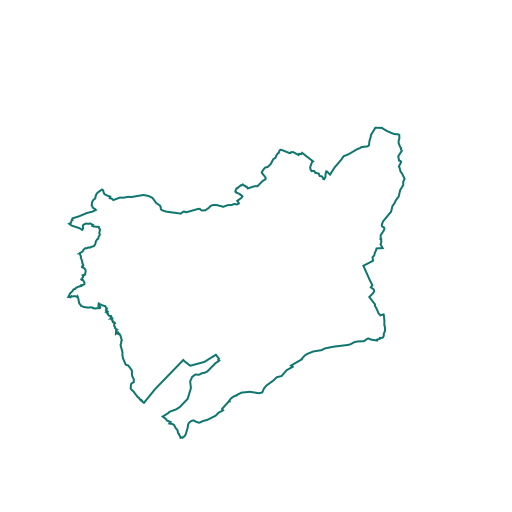 Floresti, Cluj, Romania (Equal Earth projection), rotated 151°
{"feature_id": "2599482B97724540451187", "entity_name": "Floresti", "entity_type": "district", "adm_level": 2, "iso_a3": "ROU", "parent_name": "Romania", "parent_adm1": "Cluj", "projection": "equal_earth", "projection_center": [23.482, 46.732], "detail": "fine", "context": "isolated", "style": "outline", "palette": "teal", "viewbox_px": 512, "rotation_deg": 151, "n_neighbors": 0, "source": "geoboundaries", "source_scale": "gbopen_adm2", "svg_char_len": 6137}
<svg xmlns="http://www.w3.org/2000/svg" viewBox="0 0 512 512"><g transform="rotate(151 256 256)"><path d="M412.1,328.5L411.9,326.6L412.3,325.3L414.5,322.7L415.1,322.5L416.1,323.2L417.0,323.2L416.9,322.2L417.3,321.5L420.2,320.2L420.0,319.5L419.2,319.2L418.9,318.7L419.0,315.7L419.6,314.7L420.5,314.4L423.2,315.3L423.5,315.2L423.5,314.5L426.6,315.3L428.9,315.4L430.0,314.9L431.9,315.2L433.8,314.2L436.8,313.4L440.0,311.2L439.0,310.7L438.4,309.8L438.0,309.9L438.0,310.3L436.9,310.3L436.9,310.0L433.4,308.4L432.4,306.9L431.7,307.3L431.9,305.4L433.5,300.5L433.5,299.5L433.0,297.6L433.1,297.0L431.2,294.8L427.9,292.2L425.9,291.5L424.0,290.2L423.8,289.3L423.3,289.2L422.3,288.0L421.2,287.8L417.8,286.1L417.2,286.4L417.0,287.2L418.1,288.8L417.5,289.3L417.0,290.4L416.5,290.7L416.2,289.2L415.4,289.0L414.4,287.4L412.1,285.2L412.4,282.8L411.9,282.4L413.3,281.7L412.9,280.8L414.2,280.0L412.9,279.2L414.0,278.6L413.3,277.5L413.9,276.9L413.5,274.9L412.0,273.8L412.6,273.1L412.1,272.6L412.4,272.1L412.2,271.7L413.5,271.6L412.1,270.7L413.0,269.9L412.7,268.7L413.3,267.9L413.3,267.5L412.2,266.8L411.9,265.6L412.9,265.3L413.9,263.7L413.8,261.9L414.2,261.4L413.9,259.8L413.2,259.0L414.5,258.6L416.2,255.9L413.8,256.3L413.8,255.5L414.4,255.5L414.5,255.0L414.2,254.4L413.2,254.2L413.2,252.0L414.3,247.2L415.4,246.6L415.9,245.4L417.6,243.9L419.5,236.4L420.9,234.2L422.0,230.7L422.6,224.0L420.8,222.2L420.1,216.9L420.3,215.4L421.8,212.9L422.5,210.9L422.7,207.3L424.0,205.0L426.7,204.9L428.0,203.7L429.9,200.8L429.6,198.9L428.9,197.2L427.9,190.0L427.0,188.5L427.2,186.8L426.2,186.0L426.5,185.1L425.8,184.7L425.9,183.3L425.2,181.9L408.5,188.6L370.0,200.3L369.5,198.4L366.7,191.9L352.6,188.4L339.0,189.1L338.2,184.0L339.3,183.5L338.9,182.3L343.4,181.9L354.7,178.6L357.6,178.8L359.9,179.7L363.1,179.7L366.8,181.8L370.8,181.1L371.9,180.0L373.9,178.7L374.6,177.8L376.9,172.1L385.0,164.2L396.1,160.8L400.3,160.6L407.4,161.7L408.4,161.2L415.5,160.8L413.9,157.3L413.6,155.2L411.2,152.2L413.0,151.5L410.5,149.5L409.6,147.9L409.7,144.4L409.1,141.9L409.9,139.3L409.9,138.3L409.6,137.7L410.0,137.2L409.7,136.2L410.0,134.8L409.8,134.2L410.1,133.5L407.7,133.0L407.8,132.8L406.4,132.9L404.3,133.8L399.3,138.6L397.2,141.4L395.5,142.6L394.5,142.9L392.2,143.0L390.3,142.5L388.9,140.2L386.9,138.0L386.0,137.6L382.4,137.4L378.3,136.3L368.6,135.9L364.8,137.1L359.6,137.0L359.9,138.7L350.3,142.0L349.5,141.6L349.3,142.5L346.9,143.6L343.0,144.0L340.6,143.4L340.4,143.8L334.8,143.5L327.0,140.1L320.3,134.8L318.7,134.1L316.6,133.7L313.5,136.1L309.9,137.6L301.1,138.7L296.6,139.9L291.8,138.6L284.5,141.3L277.7,141.3L278.5,143.2L266.2,143.4L266.2,143.7L261.5,145.4L258.2,145.5L252.1,144.7L244.1,141.8L241.9,141.9L239.6,141.5L231.9,139.0L218.6,133.6L216.3,133.0L212.0,133.0L208.8,132.1L202.8,129.1L199.8,129.6L197.8,129.5L195.9,127.1L191.1,123.4L190.7,124.2L188.0,123.5L187.4,124.3L185.2,123.2L184.5,123.2L182.9,124.3L182.0,126.0L179.6,127.8L178.7,129.3L177.5,131.8L177.4,133.1L175.0,137.3L172.8,142.6L172.7,143.1L176.0,143.8L175.9,144.2L176.4,145.3L176.6,146.7L176.1,151.1L176.1,154.7L175.4,156.0L176.8,165.2L171.7,166.7L169.7,167.8L169.3,169.8L170.8,172.9L168.4,174.0L168.2,179.6L166.8,195.4L155.9,195.1L154.7,198.4L152.3,199.2L150.3,201.4L148.7,202.4L146.9,204.2L141.4,201.5L141.4,205.8L139.5,207.5L138.9,209.1L139.0,210.3L138.2,210.3L138.3,211.1L137.6,212.5L136.6,213.9L131.8,216.4L130.4,217.7L130.2,218.9L131.3,220.5L131.2,221.7L130.8,222.3L128.3,224.6L116.3,229.3L112.4,233.6L109.6,234.8L106.9,236.8L102.3,238.9L98.0,243.7L92.9,246.6L91.2,249.6L88.6,251.5L88.3,256.9L88.6,260.1L87.7,263.4L87.6,265.0L83.4,267.9L83.6,269.2L84.6,270.0L83.3,274.2L77.5,277.3L77.5,278.9L76.7,280.0L77.1,280.6L76.6,285.3L75.7,287.2L73.5,289.5L72.0,292.5L72.9,293.7L75.7,295.4L77.5,297.4L80.9,301.9L83.3,305.9L83.6,306.9L89.4,310.3L96.8,306.1L97.7,304.8L101.1,301.5L103.4,298.2L104.4,297.8L106.0,298.0L111.0,300.2L112.5,299.9L115.5,300.4L125.7,300.1L131.0,300.8L134.7,298.9L144.2,295.4L151.8,291.3L153.0,295.6L153.6,296.0L155.7,293.6L157.1,291.3L159.2,290.1L159.8,290.6L159.5,292.0L159.8,293.7L161.5,295.1L161.2,297.7L163.9,300.1L163.7,301.5L164.3,302.5L166.2,303.2L166.4,305.0L165.6,307.4L161.6,310.9L160.2,311.1L165.7,323.9L167.1,323.2L168.7,324.5L169.8,323.7L173.1,328.8L174.8,329.8L176.0,329.3L177.1,330.1L181.6,335.7L183.0,337.0L184.2,336.9L186.2,335.1L187.3,335.2L189.5,334.0L191.0,332.6L193.9,332.3L198.7,329.2L202.7,328.2L204.8,328.9L206.5,328.5L209.7,326.9L210.6,326.1L209.6,320.1L210.3,318.6L214.3,318.3L220.9,316.3L223.3,317.7L230.5,319.1L230.5,321.1L231.5,321.7L231.5,322.6L232.6,323.9L232.9,325.0L235.1,324.6L234.7,324.9L234.9,325.2L240.0,324.3L239.9,324.6L240.2,324.6L241.8,323.5L242.4,322.6L242.4,322.0L242.8,322.0L242.6,321.1L240.2,318.2L240.0,316.9L239.2,316.2L239.0,314.7L240.7,313.9L245.7,313.3L245.3,311.1L245.6,310.2L247.9,310.4L249.6,312.0L252.8,312.5L255.8,314.1L261.1,315.0L262.0,316.3L263.7,317.6L264.7,318.8L267.1,320.6L269.4,321.5L271.3,321.8L273.9,321.0L278.3,320.5L281.3,322.1L282.1,323.4L282.3,324.5L284.0,325.3L295.3,327.9L296.7,328.7L296.9,329.4L297.9,330.0L301.3,329.6L313.1,338.4L316.3,342.0L316.4,343.3L315.6,345.2L315.6,346.8L317.6,350.7L318.4,357.1L320.9,360.6L324.8,363.9L336.7,368.1L339.2,369.8L343.4,371.1L346.8,373.1L353.7,374.1L354.4,376.2L355.9,377.5L354.7,378.6L356.4,380.4L358.5,383.5L358.6,384.6L357.9,387.7L358.5,388.8L362.7,388.4L365.0,387.8L367.0,386.4L368.7,384.3L371.1,383.9L373.2,382.6L375.2,380.0L375.0,378.9L375.3,378.0L375.1,376.8L374.1,375.3L373.8,373.9L377.5,374.1L383.1,375.6L391.6,376.5L398.2,377.9L399.0,377.3L399.0,376.5L400.1,376.4L401.8,374.7L403.8,374.8L402.5,372.0L396.9,365.9L395.4,363.1L393.9,363.9L392.9,366.3L391.8,367.0L388.9,366.8L386.9,365.3L385.3,364.9L383.5,362.2L384.6,361.7L383.7,360.5L379.4,357.6L379.8,356.7L379.6,355.1L379.8,354.4L381.9,352.2L382.1,350.6L382.8,349.9L384.2,349.2L385.7,347.6L386.8,347.6L388.9,346.5L390.9,344.2L393.1,343.2L396.2,344.0L397.3,343.8L398.6,344.8L400.3,344.8L401.4,345.6L404.0,345.0L405.2,344.1L409.5,343.8L408.9,343.3L409.2,342.2L409.2,340.6L409.9,339.9L410.7,335.1L411.3,334.4L411.5,331.6L412.3,331.1L413.0,331.3L413.6,330.5L412.1,328.5Z" fill="none" stroke="#0f766e" stroke-width="2"/></g></svg>